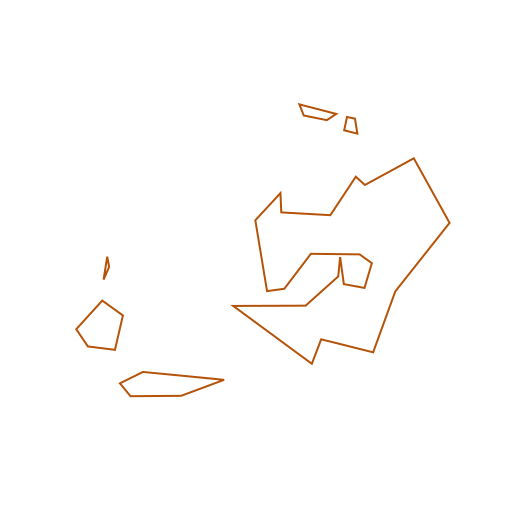 an SVG outline of Kagoshima, rotated 71°
{"feature_id": "JPN-3501", "entity_name": "Kagoshima", "entity_type": "Prefecture", "adm_level": 1, "iso_a3": "JPN", "parent_name": "Japan", "parent_adm1": "", "projection": "robinson", "projection_center": [130.414, 30.803], "detail": "coarse", "context": "isolated", "style": "outline", "palette": "amber", "viewbox_px": 512, "rotation_deg": 71, "n_neighbors": 0, "source": "natural_earth", "source_scale": "10m", "svg_char_len": 768}
<svg xmlns="http://www.w3.org/2000/svg" viewBox="0 0 512 512"><g transform="rotate(71 256 256)"><path d="M385.2,176.6L356.0,221.5L376.1,238.3L295.8,293.8L319.1,225.3L302.1,184.9L284.4,176.8L311.2,182.1L321.5,163.8L300.5,148.8L288.2,157.5L271.8,203.4L296.2,239.9L292.8,257.0L222.0,245.0L204.5,212.4L223.0,217.9L241.6,172.4L213.5,135.8L224.3,129.9L215.0,75.0L287.7,62.2L334.8,135.8L385.2,176.6ZM298.8,419.9L286.8,444.4L266.7,449.8L248.1,415.9L268.9,401.2L298.8,419.9ZM362.7,326.5L363.8,372.4L347.7,420.3L332.1,426.1L328.8,400.7L362.7,326.5ZM147.8,133.9L150.6,144.8L138.7,165.1L126.8,165.6L147.8,133.9ZM173.3,120.3L165.9,131.7L154.2,124.7L158.3,117.7L173.3,120.3ZM218.5,398.4L228.7,407.8L208.2,396.9L218.5,398.4Z" fill="none" stroke="#b45309" stroke-width="2"/></g></svg>